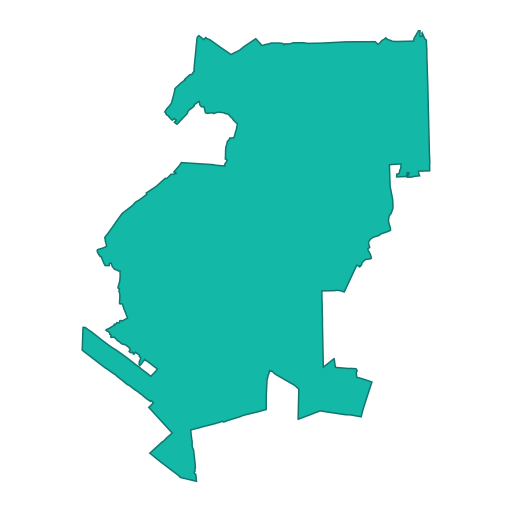 Adamclisi, Constanta, Romania (orthographic projection)
{"feature_id": "2599482B83158336135289", "entity_name": "Adamclisi", "entity_type": "district", "adm_level": 2, "iso_a3": "ROU", "parent_name": "Romania", "parent_adm1": "Constanta", "projection": "orthographic", "projection_center": [27.939, 44.112], "detail": "fine", "context": "isolated", "style": "filled", "palette": "teal", "viewbox_px": 512, "rotation_deg": 0, "n_neighbors": 0, "source": "geoboundaries", "source_scale": "gbopen_adm2", "svg_char_len": 6015}
<svg xmlns="http://www.w3.org/2000/svg" viewBox="0 0 512 512"><path d="M429.7,170.8L429.6,164.3L429.7,164.1L429.8,162.9L429.4,152.5L427.8,85.8L426.9,57.5L426.8,49.5L426.5,45.1L426.4,40.2L424.7,38.7L422.2,32.8L421.9,33.4L422.2,36.2L420.0,36.4L419.9,35.5L420.1,30.8L418.5,30.7L414.0,38.6L413.5,41.1L396.8,41.5L392.1,41.3L390.9,40.5L388.1,39.7L386.5,38.6L385.8,37.8L384.5,39.0L382.1,40.4L381.3,41.1L379.8,43.0L378.0,44.3L375.3,41.7L346.6,41.8L322.0,43.1L307.8,43.4L303.5,42.7L292.9,42.8L289.7,43.9L284.9,43.9L284.1,44.8L282.9,43.5L279.2,43.0L271.2,43.0L269.9,43.6L265.4,44.5L262.1,45.6L255.8,38.7L243.4,47.0L239.9,50.0L238.3,50.9L234.6,52.6L231.0,54.5L221.2,47.8L210.0,39.8L207.2,38.7L205.7,37.5L203.8,39.6L198.9,35.6L197.2,37.3L196.7,41.5L194.2,66.9L194.0,70.0L194.5,70.6L194.4,70.9L194.0,71.2L191.6,74.6L189.8,74.7L184.7,79.4L185.1,79.9L180.9,83.0L175.0,88.5L174.3,92.4L173.9,94.0L173.6,95.2L172.1,100.6L171.9,101.8L171.3,103.3L169.4,106.0L167.6,107.8L166.1,109.8L164.8,111.9L165.3,112.0L165.7,112.6L165.8,113.6L166.5,114.8L168.5,115.9L168.7,116.5L171.8,119.9L172.6,120.1L174.3,118.4L175.3,119.7L176.4,120.2L174.4,122.2L176.7,124.2L177.0,124.2L178.7,122.6L181.6,119.4L186.2,114.7L187.3,113.4L188.1,111.2L189.4,109.8L189.5,109.4L190.3,109.3L194.1,106.1L194.3,105.8L194.3,104.6L194.5,104.3L195.6,103.9L198.9,101.4L199.3,102.2L199.9,104.9L201.0,106.4L201.6,106.8L202.3,106.9L203.9,106.6L205.5,112.8L207.8,113.4L212.1,112.7L213.6,113.6L216.0,112.7L218.6,112.1L224.5,112.9L225.0,113.5L228.2,114.1L231.4,117.7L232.3,118.3L233.4,120.1L237.4,124.0L236.6,127.8L236.4,129.4L235.3,132.6L235.1,133.7L234.6,135.5L233.8,137.8L229.6,138.1L229.0,140.0L227.5,141.2L227.2,142.2L226.5,145.3L226.2,146.1L225.9,146.8L225.6,150.0L225.5,155.5L225.3,159.0L226.6,159.5L227.1,160.3L226.2,162.4L225.4,163.1L224.9,163.9L224.8,166.0L216.4,165.3L212.6,164.6L181.3,162.6L179.7,165.2L173.9,171.9L174.0,172.2L174.6,172.1L175.8,172.7L176.1,173.2L175.1,173.7L173.1,174.2L171.0,174.3L166.9,178.5L165.5,178.3L165.1,178.4L156.2,186.4L146.3,192.9L146.9,194.2L142.5,197.6L138.7,200.3L135.5,202.1L132.6,205.4L122.2,213.4L116.0,221.9L114.0,225.0L107.2,234.4L105.9,235.9L104.8,237.5L104.9,238.5L105.1,238.6L105.4,241.5L106.6,245.8L105.8,246.8L102.9,248.0L98.0,249.5L97.4,249.9L97.2,250.4L97.3,251.7L98.2,253.6L99.4,255.4L100.2,256.5L101.3,256.7L102.0,258.8L104.0,263.5L105.1,265.6L109.3,265.6L109.4,264.1L109.8,263.4L110.7,263.1L111.1,263.2L111.4,263.7L112.2,266.3L114.0,268.6L115.0,269.5L117.4,270.2L118.0,270.8L118.5,271.0L120.1,271.0L120.0,272.2L120.2,275.2L119.9,279.6L119.7,281.3L118.0,287.3L118.1,287.9L118.2,288.2L118.7,288.3L119.4,288.7L119.0,290.8L119.0,291.4L119.8,293.8L119.9,296.6L119.5,303.0L119.6,303.6L120.1,304.0L121.5,303.7L122.3,304.0L122.7,304.9L123.8,308.4L127.6,318.1L125.2,319.3L122.2,321.0L121.9,320.7L121.3,320.5L120.0,320.7L119.7,321.0L119.5,322.3L119.4,322.5L118.7,322.9L118.4,322.9L117.1,322.6L116.8,322.7L116.5,323.6L114.3,324.4L114.8,325.0L110.9,327.2L109.0,328.5L107.1,329.2L106.1,329.9L105.9,330.2L106.2,330.5L108.5,331.8L109.4,332.6L109.6,333.0L109.8,334.3L111.1,334.9L111.2,335.4L110.7,336.5L110.9,337.2L111.3,337.5L113.7,337.1L114.7,337.5L115.0,338.0L115.6,338.4L117.5,340.7L118.8,341.3L120.0,342.3L121.6,343.8L124.1,344.6L124.9,344.4L125.8,344.8L126.0,345.2L127.6,346.5L128.8,347.1L129.0,347.3L129.2,348.2L130.0,348.9L130.3,349.4L129.1,351.3L129.2,351.6L130.3,352.5L130.9,352.7L131.4,352.3L132.5,352.6L133.1,353.0L133.0,353.7L133.9,354.2L135.4,352.3L139.0,354.8L139.4,355.4L139.3,356.5L140.4,357.4L140.7,357.8L140.8,358.3L139.1,362.1L139.3,362.8L139.1,364.5L140.0,365.4L141.2,364.1L144.6,359.4L145.3,359.9L145.3,360.2L145.4,360.5L146.0,360.7L146.4,360.6L157.4,369.0L155.5,371.5L150.8,376.3L147.4,373.5L141.6,369.2L139.1,367.0L135.6,364.6L132.5,362.1L126.4,357.4L115.3,349.4L114.0,348.8L108.9,345.4L107.7,344.4L101.8,340.0L91.8,332.1L87.4,329.1L86.0,328.0L84.3,327.3L83.0,327.4L82.2,350.2L105.2,367.9L106.5,368.6L113.4,373.5L115.8,375.0L116.9,376.2L123.1,381.0L127.1,384.4L129.3,385.5L135.3,390.1L137.5,391.4L141.1,394.3L141.7,394.3L142.0,394.6L142.8,395.7L146.9,399.0L150.6,401.5L150.9,401.3L151.4,400.7L151.6,400.8L153.4,402.8L148.8,407.4L172.2,433.0L167.1,437.5L163.3,441.4L162.2,441.9L149.8,453.2L161.0,462.2L178.3,475.3L180.5,477.5L196.5,481.3L195.9,475.0L195.6,474.2L194.3,473.1L194.1,472.6L194.2,472.0L195.0,471.3L194.9,470.0L195.0,469.0L195.4,468.1L195.1,463.7L193.6,450.2L192.5,447.4L192.1,445.1L192.2,441.5L191.6,438.5L190.7,430.0L203.7,426.5L216.0,423.4L216.5,423.0L218.9,422.6L221.0,421.7L222.1,421.5L222.6,421.5L223.5,422.0L224.6,421.8L227.1,420.7L240.4,416.6L243.2,415.4L258.3,411.7L266.2,409.5L266.3,394.9L267.0,380.3L268.3,374.9L268.9,373.6L269.6,370.6L270.8,371.3L272.4,371.3L274.4,373.5L275.8,374.5L294.9,385.5L298.8,389.1L298.1,419.2L298.2,419.3L308.3,415.4L311.2,414.4L312.7,413.7L320.1,410.9L345.1,414.7L350.5,414.9L361.1,416.8L363.3,408.4L371.9,382.0L362.1,378.7L356.8,377.3L356.2,372.4L357.2,370.9L356.0,368.7L350.7,368.4L348.7,368.5L335.5,367.4L334.8,363.6L334.3,359.0L334.0,358.7L323.3,367.2L322.4,321.6L322.5,321.1L321.8,290.9L333.3,290.7L337.2,290.3L340.6,290.7L343.6,291.8L344.3,291.9L356.7,265.3L358.4,265.9L359.4,266.9L360.0,266.7L360.2,266.4L359.8,266.2L359.8,265.9L360.8,265.7L361.5,265.0L361.9,263.1L362.4,262.4L364.5,260.2L365.5,259.7L367.4,259.1L369.9,259.0L370.8,258.7L371.2,258.4L371.4,258.0L370.5,254.7L368.1,250.1L367.8,249.1L368.0,248.5L369.4,247.7L369.7,247.3L369.6,246.8L369.1,245.6L368.8,244.4L368.6,243.5L368.6,242.5L368.9,241.5L370.5,239.2L371.7,238.2L373.2,237.3L375.2,236.6L378.8,235.6L380.9,233.9L386.9,231.9L389.6,230.8L390.4,230.3L390.6,230.1L390.4,228.7L390.4,228.0L388.6,222.1L388.5,219.9L389.2,215.8L391.1,213.4L392.9,208.5L393.0,207.2L392.9,202.7L392.6,199.1L390.1,186.3L389.4,164.7L400.8,163.9L401.0,165.7L400.7,168.6L399.9,169.9L399.1,173.5L398.3,173.9L396.9,174.0L396.6,176.9L406.3,176.5L407.3,172.7L409.0,172.9L407.4,177.2L411.1,177.1L412.8,176.9L413.6,176.5L419.6,175.8L418.5,172.7L418.5,171.2L429.7,170.8Z" fill="#14b8a6" stroke="#0f766e" stroke-width="1.5"/></svg>